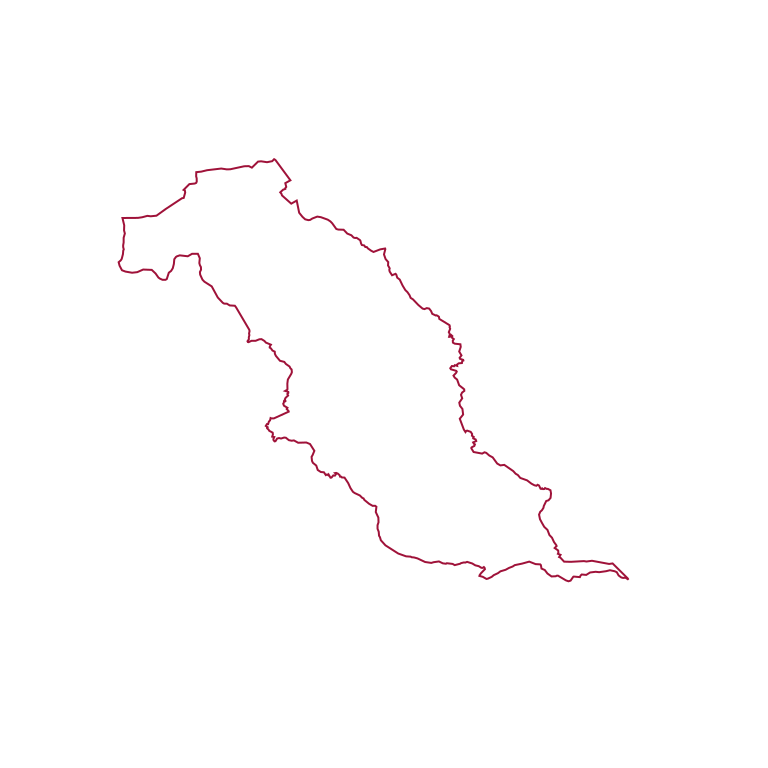 Ocolis, Alba, Romania, rotated 210°
{"feature_id": "2599482B36023808601680", "entity_name": "Ocolis", "entity_type": "district", "adm_level": 2, "iso_a3": "ROU", "parent_name": "Romania", "parent_adm1": "Alba", "projection": "natural_earth1", "projection_center": [23.435, 46.493], "detail": "fine", "context": "isolated", "style": "outline", "palette": "rose", "viewbox_px": 768, "rotation_deg": 210, "n_neighbors": 0, "source": "geoboundaries", "source_scale": "gbopen_adm2", "svg_char_len": 6154}
<svg xmlns="http://www.w3.org/2000/svg" viewBox="0 0 768 768"><g transform="rotate(210 384 384)"><path d="M693.5,397.0L688.3,391.5L685.9,387.0L683.7,384.8L682.6,380.5L680.2,376.3L679.3,373.8L678.3,372.1L676.7,370.5L676.5,369.1L675.0,365.9L673.7,361.2L673.8,359.4L674.7,356.8L672.1,354.2L667.8,351.5L664.1,352.1L657.8,354.4L653.6,357.5L649.8,362.7L642.2,366.7L637.1,365.5L632.6,363.4L630.8,363.2L627.9,363.5L625.3,365.0L624.6,366.3L626.0,372.8L624.9,375.5L624.8,378.6L626.0,382.9L628.0,387.2L627.7,390.0L627.2,391.0L625.2,393.3L617.8,396.5L615.3,400.8L610.3,403.7L606.4,400.8L604.4,396.4L602.9,394.9L601.0,393.7L599.6,391.5L599.4,388.9L597.9,386.8L593.4,383.6L590.7,382.8L582.0,382.4L571.2,375.8L564.2,373.7L562.6,373.7L560.2,375.0L556.9,374.9L552.3,377.2L550.4,376.4L527.8,363.6L526.9,362.6L526.1,360.2L525.0,359.0L524.5,357.0L523.4,355.2L523.6,352.8L522.9,352.3L522.2,352.5L520.4,355.1L516.8,357.2L514.3,360.4L512.5,361.6L509.1,361.5L507.0,360.8L501.6,361.5L501.7,359.5L501.2,358.4L499.7,358.3L497.3,357.2L494.8,357.4L493.6,355.6L491.7,354.3L485.7,352.1L481.4,353.3L479.0,352.3L474.5,351.9L472.9,350.8L471.3,350.4L469.7,348.2L469.4,346.5L469.5,339.8L467.9,336.0L465.0,331.2L465.1,330.3L466.1,328.6L463.0,329.3L462.4,328.5L462.7,327.0L461.3,326.1L462.3,322.9L462.2,321.1L460.8,320.0L461.0,319.4L462.0,319.1L461.4,317.6L461.4,316.5L459.8,315.2L455.7,315.1L455.8,313.7L453.2,312.9L452.7,312.4L462.2,299.1L464.3,297.9L465.2,297.8L464.5,295.5L464.9,293.9L464.3,291.3L465.3,290.8L465.4,288.6L463.2,288.4L463.4,287.6L463.1,287.2L461.2,286.8L460.0,286.1L456.1,286.2L455.0,284.8L454.5,282.5L452.5,283.2L452.3,281.0L451.5,280.1L450.1,279.6L449.4,280.2L449.3,283.3L447.9,284.7L445.9,285.3L443.7,287.7L442.1,288.4L438.3,287.8L435.6,288.7L433.8,290.1L429.0,290.2L422.0,294.5L418.0,295.0L410.9,291.3L410.3,286.8L410.3,284.7L407.9,281.4L406.2,280.2L401.9,279.5L398.4,276.4L394.7,276.2L391.9,277.5L388.8,276.0L388.1,277.2L386.7,277.1L386.7,277.9L383.5,276.1L382.7,276.7L382.2,279.5L380.7,280.1L380.5,282.1L381.8,282.4L381.0,283.1L379.2,283.3L376.8,282.8L375.7,281.8L374.8,282.3L373.8,282.0L371.4,283.2L365.5,280.3L361.0,277.1L357.0,275.1L354.9,274.9L349.2,275.4L345.8,274.5L344.5,274.7L343.1,273.8L337.0,272.8L332.9,272.8L330.8,274.1L329.2,273.9L327.1,269.0L322.1,265.5L319.6,261.5L319.0,258.5L317.2,255.4L314.7,253.4L312.4,250.1L310.9,249.3L308.6,247.1L302.1,245.0L286.9,244.3L278.7,245.8L274.6,247.8L273.4,247.8L271.3,248.8L267.8,249.7L259.4,250.4L253.6,252.7L251.9,254.5L247.7,257.8L243.4,258.1L240.5,259.3L240.0,260.2L234.6,262.5L232.2,262.5L228.2,266.4L227.7,267.4L225.6,269.4L224.3,270.0L223.1,271.5L217.8,272.7L214.3,272.6L210.9,273.6L207.8,273.5L206.6,274.1L206.0,275.4L205.0,275.1L204.0,274.1L205.4,268.6L205.6,266.3L205.4,265.5L202.1,266.4L197.8,266.4L196.7,267.4L194.3,270.8L193.4,273.3L190.7,277.2L189.5,280.0L185.8,283.9L183.8,287.2L181.3,290.3L180.2,292.5L174.6,297.5L169.4,302.8L162.7,303.8L158.5,305.9L157.6,305.6L155.3,302.9L151.8,303.3L147.7,301.6L142.7,301.1L139.1,303.4L138.6,304.3L137.5,305.0L128.2,304.9L125.6,305.4L124.1,307.0L123.7,311.7L123.4,312.1L117.8,314.7L118.0,316.4L117.5,317.9L113.4,319.8L111.3,323.8L106.8,327.2L103.6,328.6L98.1,332.9L95.2,335.7L90.6,337.2L88.3,337.4L85.1,335.5L81.8,335.1L80.0,335.6L78.0,337.0L74.5,336.8L75.7,337.5L96.3,342.9L99.1,340.7L115.5,334.9L119.9,331.5L122.3,330.6L133.3,323.4L139.2,320.2L144.4,321.8L145.8,321.7L145.7,324.3L148.5,323.9L148.6,325.0L149.9,326.9L154.2,327.3L153.5,330.0L154.3,330.6L157.7,332.1L161.7,334.9L165.2,335.9L169.5,339.4L173.8,340.4L177.6,342.6L181.3,344.9L184.4,348.4L184.8,351.5L184.1,353.6L184.0,356.5L184.6,358.2L185.0,363.8L183.4,365.5L182.8,368.6L184.6,372.7L186.7,375.2L189.6,375.1L190.7,374.5L192.5,374.4L192.7,373.2L193.2,372.8L193.9,372.4L194.9,372.7L195.4,371.7L196.1,371.6L199.0,373.6L200.6,373.5L201.1,372.1L203.1,371.5L206.5,371.4L211.9,372.1L219.0,370.8L222.6,372.1L225.1,372.1L228.5,373.2L239.4,374.1L242.5,371.7L246.2,371.7L253.2,374.8L257.1,374.7L261.0,375.5L262.8,375.1L264.2,372.8L272.4,369.9L275.9,371.8L276.4,372.2L276.4,373.0L274.8,375.5L275.1,377.2L276.2,377.2L277.6,378.0L275.6,380.7L276.0,381.1L276.9,381.8L279.5,381.5L279.8,381.7L279.8,383.0L282.0,383.2L282.7,384.8L285.0,385.9L288.7,385.2L289.3,384.5L289.4,383.1L292.1,384.5L301.0,391.8L300.2,397.1L303.6,401.6L307.3,403.1L309.5,405.5L309.1,410.7L311.9,413.1L312.1,415.6L311.0,418.2L311.9,419.5L318.3,420.5L322.9,424.4L326.0,424.9L328.0,426.0L327.1,429.8L327.2,431.1L328.0,431.5L333.4,430.2L334.5,430.8L334.2,433.5L332.2,434.4L332.1,435.7L329.7,436.3L330.5,437.2L329.7,439.2L327.0,441.1L327.7,443.0L327.0,444.0L327.5,444.5L330.8,443.8L331.6,444.5L331.2,447.5L335.1,449.7L336.1,454.5L337.7,456.6L342.9,454.3L345.0,454.3L346.1,455.9L346.0,457.8L348.3,458.1L348.8,459.7L350.3,460.0L350.5,457.8L351.2,457.4L351.9,460.1L353.8,461.3L354.3,464.9L355.7,466.1L355.8,466.9L356.7,467.7L368.6,468.0L370.1,469.7L371.3,469.8L372.8,469.8L373.4,469.2L377.3,468.9L379.7,470.7L382.6,471.9L384.9,471.1L386.4,469.1L388.3,468.6L393.8,469.6L401.3,471.8L404.0,471.9L406.3,473.7L409.7,475.3L412.5,476.0L417.2,478.6L422.6,482.3L425.7,482.7L428.1,484.9L429.1,485.2L431.4,482.2L435.3,484.2L436.5,485.5L436.9,487.0L439.8,488.7L441.3,491.7L445.1,493.0L448.8,496.2L450.3,501.5L450.8,501.9L454.6,498.7L459.1,493.1L461.8,493.0L465.9,493.4L467.3,494.0L468.7,493.3L470.4,494.1L472.7,493.3L474.2,494.3L476.0,496.2L476.8,496.6L480.8,496.9L482.0,496.0L483.6,495.6L486.6,496.5L491.0,495.9L496.1,497.4L500.8,494.9L502.8,494.4L509.2,497.3L511.7,498.0L514.8,498.2L522.1,496.9L525.5,495.6L528.8,491.5L530.0,489.2L531.4,488.1L534.6,487.2L538.2,488.0L543.1,489.9L551.3,499.2L554.5,493.8L566.6,496.3L568.0,497.5L569.7,498.1L568.5,501.9L567.0,503.6L567.4,504.2L567.2,505.8L569.9,508.6L566.9,513.6L590.0,523.7L591.6,523.7L592.2,521.1L596.2,517.6L601.8,515.4L604.3,513.6L606.6,505.3L610.0,505.1L613.9,502.7L624.5,493.1L627.4,491.3L632.7,489.2L644.1,480.7L648.5,476.5L652.5,473.6L650.5,469.9L649.1,468.5L647.4,465.7L647.2,464.3L648.1,463.0L652.5,459.8L654.6,451.9L653.2,452.0L651.9,450.4L650.5,445.0L651.8,443.9L660.5,426.5L665.2,416.0L669.9,412.6L673.0,411.3L676.8,407.5L680.2,404.8L693.5,397.0Z" fill="none" stroke="#9f1239" stroke-width="2"/></g></svg>